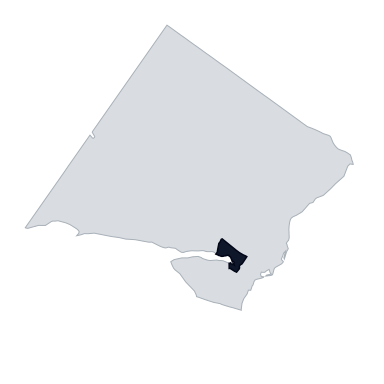 where As Suways sits in Egypt, rotated 125°
{"feature_id": "EGY-1536", "entity_name": "As Suways", "entity_type": "Governorate", "adm_level": 1, "iso_a3": "EGY", "parent_name": "Egypt", "parent_adm1": "", "projection": "robinson", "projection_center": [32.482, 29.608], "detail": "fine", "context": "in_parent", "style": "filled", "palette": "ink", "viewbox_px": 384, "rotation_deg": 125, "n_neighbors": 0, "source": "natural_earth", "source_scale": "10m", "svg_char_len": 4336}
<svg xmlns="http://www.w3.org/2000/svg" viewBox="0 0 384 384"><g transform="rotate(125 192 192)"><path d="M316.9,308.1L310.1,308.1L303.3,308.1L296.4,308.1L289.6,308.1L282.8,308.1L276.0,308.1L269.2,308.1L262.3,308.1L255.5,308.1L248.7,308.1L241.9,308.2L235.0,308.2L228.2,308.2L221.4,308.2L214.6,308.2L207.8,308.2L203.9,308.2L204.5,306.0L204.9,304.5L204.5,303.5L203.2,303.2L202.3,303.5L200.3,308.0L199.2,308.2L196.8,308.2L188.8,308.2L180.9,308.2L172.9,308.2L165.0,308.2L157.0,308.2L149.1,308.2L141.2,308.2L133.2,308.2L125.3,308.2L117.3,308.2L109.4,308.2L101.4,308.2L93.5,308.2L85.6,308.2L77.6,308.2L69.7,308.2L69.7,302.8L69.8,297.4L69.9,292.0L69.9,286.6L70.0,281.2L70.1,275.7L70.1,270.3L70.2,264.9L70.3,259.5L70.3,254.1L70.4,248.7L70.5,243.3L70.5,237.9L70.6,232.5L70.7,227.1L70.8,221.7L70.9,216.3L71.0,210.9L71.1,205.5L71.2,200.1L71.3,194.7L71.4,189.3L71.4,183.9L71.5,178.5L71.6,173.1L71.7,167.7L71.8,162.3L71.9,156.9L72.0,151.5L72.1,146.1L72.2,140.7L72.3,135.3L72.1,134.3L71.1,130.6L70.1,126.0L69.1,120.2L69.0,118.4L67.2,112.5L67.1,110.8L67.6,109.6L70.8,104.6L71.8,102.2L72.6,99.3L72.9,96.9L72.1,93.3L71.1,90.1L70.8,86.8L70.8,83.5L72.4,81.3L74.3,79.2L75.1,77.9L76.2,76.5L77.0,75.8L78.4,78.7L81.6,79.2L92.0,76.6L103.4,79.3L109.7,80.3L119.4,82.5L125.3,86.5L126.9,87.0L131.2,86.9L133.9,89.2L145.0,90.4L150.9,93.0L154.3,95.0L156.3,95.7L158.1,95.6L160.5,94.8L163.6,93.3L166.9,91.3L173.8,86.1L176.3,85.2L177.8,85.4L179.8,85.4L180.6,84.0L181.6,83.0L182.3,81.9L183.3,80.6L186.9,80.2L194.0,77.9L193.2,79.0L186.7,81.5L189.5,81.9L192.4,81.0L195.6,80.4L196.2,79.4L196.6,77.3L197.3,77.1L199.5,77.4L206.2,80.6L207.9,80.6L212.6,78.9L213.6,78.6L215.1,79.5L218.6,83.4L217.4,83.3L213.7,80.0L213.3,81.6L211.2,84.5L213.9,85.8L216.0,86.3L217.2,87.9L217.9,89.3L220.1,88.7L221.6,86.7L220.8,85.6L220.3,84.5L220.9,84.5L222.4,85.4L226.7,89.2L228.1,89.9L229.8,89.8L233.2,88.7L234.2,88.9L238.8,87.5L239.4,88.5L240.1,89.5L243.8,88.4L249.7,88.4L254.5,87.2L260.0,84.3L260.5,83.8L260.8,84.5L261.5,86.6L263.2,91.7L264.7,95.7L266.5,101.3L267.1,103.4L267.3,104.9L270.0,111.0L271.6,116.1L272.8,120.1L274.4,126.1L275.1,128.2L274.0,129.3L271.7,133.2L269.3,145.5L265.9,155.1L265.5,161.2L265.0,163.3L263.3,166.4L261.3,169.4L257.7,167.9L251.9,162.6L248.4,157.6L244.8,154.4L241.3,150.1L240.4,147.0L240.4,145.0L238.9,140.2L237.8,137.9L233.6,132.8L232.4,130.1L231.5,128.9L230.5,127.1L229.0,120.5L227.4,116.3L225.5,117.4L225.8,119.2L224.1,121.7L223.2,124.5L223.9,126.8L227.3,130.4L228.0,131.9L228.8,135.3L228.7,139.9L229.3,141.4L231.8,144.8L232.8,146.8L233.3,148.6L234.2,150.1L236.7,153.1L240.4,158.7L243.9,162.5L246.4,164.3L247.5,166.2L247.7,170.9L247.6,173.2L249.8,177.4L250.6,179.6L252.8,181.3L253.8,183.3L254.7,186.6L256.1,196.2L257.9,198.6L263.7,211.3L268.6,219.3L271.0,225.3L274.7,232.5L281.8,248.5L286.0,253.5L287.7,256.2L290.7,258.4L294.0,261.4L290.9,261.1L290.1,261.3L289.0,261.9L288.5,263.7L288.3,265.3L288.7,273.4L289.6,277.5L292.4,285.3L294.5,287.6L295.5,289.2L296.9,290.3L303.5,292.9L307.4,298.6L316.0,305.7L316.9,307.7L316.9,308.1Z" fill="#d9dde1" stroke="#a8b0b8" stroke-width="1"/><path d="M229.1,120.7L228.6,120.1L228.1,119.9L228.3,119.6L228.5,119.4L228.6,118.7L228.3,118.2L227.5,117.3L227.7,117.2L227.6,116.9L227.8,116.8L227.7,116.7L227.4,116.4L227.3,116.2L227.6,116.0L227.6,115.9L227.6,115.7L227.6,115.4L227.2,115.9L227.2,116.2L227.2,116.4L227.4,116.5L227.5,116.7L227.5,117.0L227.3,117.0L227.3,116.7L227.1,116.5L226.9,116.5L226.6,116.7L226.3,116.6L225.9,116.8L225.5,117.3L225.4,117.7L225.3,118.1L225.5,118.5L226.2,118.8L225.8,119.1L224.1,121.6L224.0,121.8L223.8,122.0L223.2,123.1L223.1,123.5L223.1,124.5L223.0,124.9L222.7,125.3L222.9,125.6L223.1,125.9L223.3,126.3L223.5,126.8L223.7,127.0L224.8,127.7L225.0,128.0L226.0,129.1L226.6,129.5L227.2,130.1L227.7,130.8L227.9,131.3L228.0,131.9L228.2,132.7L228.4,133.4L228.7,133.8L228.7,134.0L228.6,134.4L229.2,136.8L227.2,136.8L226.8,136.9L226.0,137.1L225.4,137.5L219.2,140.3L218.8,140.5L218.4,140.5L216.8,140.4L214.0,140.9L213.1,140.4L214.4,122.0L214.4,120.8L214.5,118.7L214.1,113.8L213.6,111.4L213.5,110.0L220.9,109.8L222.6,109.9L223.2,110.3L223.5,110.4L223.9,110.6L224.9,110.7L225.2,110.7L225.3,110.7L225.9,110.4L226.0,110.4L226.8,109.6L227.6,109.3L228.2,109.2L232.1,109.5L232.5,111.8L232.7,116.6L232.9,117.2L233.1,117.5L233.3,117.7L229.1,120.7L229.1,120.7Z" fill="#0f172a" stroke="#020617" stroke-width="1.5"/></g></svg>